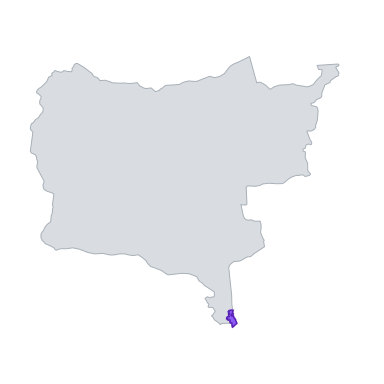 Moanda, Bas-Congo, Democratic Republic of the Congo shown in context, rotated 265°
{"feature_id": "63176286B88277060419996", "entity_name": "Moanda", "entity_type": "district", "adm_level": 2, "iso_a3": "COD", "parent_name": "Democratic Republic of the Congo", "parent_adm1": "Bas-Congo", "projection": "natural_earth1", "projection_center": [12.948, -5.756], "detail": "fine", "context": "in_parent", "style": "filled", "palette": "violet", "viewbox_px": 384, "rotation_deg": 265, "n_neighbors": 0, "source": "geoboundaries", "source_scale": "gbopen_adm2", "svg_char_len": 6066}
<svg xmlns="http://www.w3.org/2000/svg" viewBox="0 0 384 384"><g transform="rotate(265 192 192)"><path d="M321.9,261.1L295.1,266.0L295.6,267.8L295.3,269.6L294.6,271.1L291.8,274.9L287.7,278.4L287.7,279.3L289.7,283.2L290.9,288.6L290.5,298.1L291.0,300.7L290.9,302.7L289.5,304.9L286.6,316.4L288.3,321.9L293.6,327.1L296.6,330.9L301.8,332.3L302.6,332.1L303.0,328.9L307.2,327.7L306.8,348.1L306.5,349.2L305.7,349.5L304.7,348.8L304.5,346.9L303.4,346.1L298.3,348.6L297.0,348.5L295.6,348.1L294.6,347.0L294.3,345.5L290.8,339.5L289.1,339.1L287.2,333.8L279.2,329.9L276.2,329.6L274.6,328.4L273.1,324.1L270.4,321.4L269.9,318.4L269.3,318.0L267.7,318.6L266.2,323.4L264.4,324.5L261.1,324.6L252.9,323.2L247.1,320.8L245.6,320.9L243.2,318.7L242.3,315.1L242.9,312.2L242.4,311.8L233.5,314.2L231.3,315.6L229.3,315.3L228.7,314.5L229.6,312.6L229.2,310.4L228.5,309.5L225.9,308.7L225.0,306.4L223.4,306.1L222.9,306.4L222.5,308.0L221.5,308.5L216.2,307.7L210.6,309.7L203.1,309.2L199.6,311.6L199.1,311.5L198.3,310.3L197.6,306.5L198.0,305.4L199.1,304.6L199.5,303.1L199.2,299.1L199.5,298.1L199.1,295.8L198.0,292.1L196.5,289.2L193.2,284.6L192.5,282.5L192.8,277.5L194.0,269.5L193.9,263.6L192.5,259.7L192.2,255.6L193.2,248.1L192.3,246.4L175.3,245.7L174.6,245.2L174.3,244.1L175.1,239.7L164.8,240.9L161.6,241.7L159.7,243.5L159.1,245.8L159.0,249.0L157.4,252.1L157.0,257.3L154.1,257.9L151.2,257.9L145.7,256.8L140.3,258.3L137.7,259.7L136.3,259.0L131.5,259.5L130.9,259.1L125.4,248.8L122.9,245.4L122.4,243.7L122.7,242.1L122.0,240.0L119.4,234.7L119.0,232.2L119.1,228.3L118.8,227.1L116.5,223.7L115.0,222.6L113.3,222.0L85.5,222.5L76.3,221.9L69.7,222.3L66.3,222.0L65.3,221.5L62.3,222.2L60.6,223.6L58.2,224.4L56.8,224.1L53.9,220.2L57.8,219.6L58.1,219.2L58.4,210.0L57.3,208.7L59.4,207.1L62.8,203.1L66.1,201.7L66.5,200.8L67.2,200.9L68.5,202.6L71.3,204.8L74.8,202.8L75.2,202.3L75.7,198.4L76.5,198.0L78.1,198.9L78.9,198.9L80.4,197.7L85.0,195.8L86.3,198.3L85.1,200.6L85.6,202.2L85.7,204.7L86.4,205.2L90.0,205.5L91.0,204.9L98.1,195.9L100.0,194.8L102.9,191.2L106.9,189.6L108.6,186.8L110.9,181.7L111.9,174.5L111.5,161.9L111.9,160.2L116.6,154.5L121.5,144.2L124.8,141.5L127.3,140.4L131.2,136.6L134.2,132.8L133.8,128.3L134.5,124.5L136.2,119.7L136.7,114.6L136.1,109.2L136.4,104.9L138.6,97.9L138.8,89.8L140.8,83.1L144.9,74.6L146.8,68.2L146.4,61.9L146.9,57.3L146.7,54.6L145.9,52.2L146.3,50.7L147.9,50.1L149.8,47.7L153.2,41.5L156.9,38.5L159.4,37.6L162.1,37.7L163.9,38.2L166.7,40.7L170.0,42.6L172.4,45.0L174.8,48.7L180.5,49.6L183.0,50.9L184.5,51.4L185.1,51.1L186.3,51.3L189.0,52.4L191.1,51.8L201.8,54.2L203.0,53.0L206.0,46.6L208.2,44.4L211.8,44.1L214.7,45.4L216.2,45.4L229.2,39.8L230.9,39.6L235.7,40.9L238.8,40.0L240.0,40.3L242.7,39.3L244.9,35.4L246.7,34.5L265.5,38.7L268.4,36.6L269.7,36.4L273.9,37.9L275.2,40.3L277.7,42.3L279.5,45.7L282.3,47.6L283.7,49.4L285.4,50.6L288.8,51.1L293.1,48.0L296.2,48.3L299.3,50.0L300.4,49.9L302.7,48.1L303.9,46.2L305.1,45.8L306.9,46.7L308.4,48.4L309.7,51.0L314.5,56.8L319.0,59.3L320.2,62.8L321.8,62.5L322.6,62.8L323.8,65.1L324.7,65.5L324.8,66.4L323.7,68.5L322.6,72.6L324.1,75.1L322.9,78.7L322.3,82.4L323.8,83.3L325.7,83.3L327.4,85.2L328.8,85.5L330.2,87.6L329.9,89.3L325.4,95.4L318.7,102.8L316.5,103.7L315.3,105.1L314.5,107.3L312.5,109.1L311.0,109.9L310.9,115.2L308.6,120.8L307.7,122.0L306.5,131.0L306.7,132.6L305.4,140.0L305.7,146.9L302.4,149.1L300.1,152.5L299.1,154.8L299.2,160.4L295.5,163.9L295.2,164.7L296.1,168.6L297.4,169.3L297.5,170.6L300.5,174.8L300.2,187.9L300.4,189.2L301.9,192.3L302.9,198.3L301.7,205.8L305.7,219.6L303.9,224.7L304.7,229.6L307.1,234.6L312.8,239.7L314.3,241.7L315.8,244.5L317.1,248.8L321.9,261.1Z" fill="#d9dde1" stroke="#a8b0b8" stroke-width="1"/><path d="M66.7,222.3L66.8,222.4L66.9,222.5L67.0,222.6L67.2,222.4L67.3,222.4L67.5,222.2L67.8,222.1L68.0,222.1L68.3,221.9L68.5,221.9L68.6,222.0L68.8,221.9L68.9,222.0L69.0,222.0L69.3,222.1L69.5,222.1L69.7,222.4L69.8,222.4L69.9,222.5L70.0,222.5L70.3,222.6L70.5,222.7L70.5,222.4L70.6,222.2L70.7,221.8L70.9,221.3L70.9,221.2L70.9,220.9L71.0,220.7L71.0,220.3L70.9,220.1L70.9,219.9L70.7,219.7L70.8,219.4L70.8,219.2L70.7,218.8L70.6,218.5L70.5,218.3L70.4,218.2L70.0,218.1L69.9,218.1L69.6,218.2L69.6,218.3L69.5,218.6L69.4,218.6L69.3,218.1L69.4,217.9L69.4,217.7L69.1,217.8L68.7,217.8L68.4,217.8L68.2,217.8L68.3,217.9L68.3,218.0L68.2,218.1L68.0,218.3L67.8,218.4L67.7,218.4L67.6,218.5L67.4,218.5L67.4,218.4L67.4,218.2L67.2,218.2L66.9,218.1L66.6,218.2L66.4,218.2L66.2,218.2L66.0,217.9L65.9,217.8L65.9,217.7L65.7,217.7L65.4,217.9L65.1,217.9L65.0,218.0L64.8,218.1L64.6,218.1L64.6,217.7L64.6,217.3L64.6,217.1L64.6,216.8L64.6,216.6L64.6,216.4L64.5,216.2L64.2,216.0L64.0,215.9L63.9,215.7L63.7,215.4L63.6,215.1L63.6,215.4L63.5,215.5L63.4,215.8L63.2,215.9L63.1,215.6L62.9,215.4L62.7,215.4L62.7,215.5L62.8,215.7L62.8,215.9L62.9,216.0L62.8,216.3L62.7,216.5L62.4,216.5L62.1,216.4L61.9,216.4L61.7,216.2L61.6,216.3L61.5,216.5L61.4,216.8L61.2,216.9L61.2,217.0L61.1,217.4L61.2,217.5L61.3,217.8L61.3,218.0L61.4,218.3L61.3,218.5L61.2,218.6L60.9,218.7L60.5,218.8L60.2,218.8L59.8,218.8L59.7,218.6L59.6,218.4L59.4,218.4L59.2,218.4L58.8,218.5L58.6,218.6L58.3,218.6L58.2,218.7L58.1,220.2L57.7,220.2L57.1,220.3L56.3,220.3L55.9,220.3L54.5,220.4L54.0,220.5L53.8,220.6L54.0,220.9L54.0,221.0L54.3,221.4L54.5,221.7L54.6,221.8L54.7,222.0L54.8,222.2L54.9,222.3L55.0,222.3L55.1,222.6L55.3,222.7L55.5,222.9L55.7,223.1L55.8,223.3L56.0,223.6L56.1,223.8L56.3,224.0L56.5,224.2L56.5,224.3L56.6,224.5L57.1,225.3L57.3,225.3L57.6,225.2L57.9,225.1L58.0,225.1L58.3,225.0L58.5,224.9L58.8,224.8L58.9,224.7L59.1,224.7L59.3,224.6L59.5,224.6L59.7,224.4L59.8,224.4L60.2,224.3L60.3,224.3L60.5,224.3L60.8,224.3L61.0,224.3L61.0,224.2L61.3,224.0L61.3,223.9L61.5,223.7L61.8,223.7L62.1,223.7L62.2,223.8L62.3,223.8L62.4,223.7L62.5,223.6L62.8,223.4L62.9,223.2L63.0,223.0L63.0,222.9L63.3,222.8L63.5,222.8L63.9,222.7L64.0,222.7L64.3,222.7L64.5,222.7L64.9,222.5L65.0,222.5L65.0,222.4L65.3,222.2L65.2,222.1L65.3,222.1L65.0,221.9L65.1,221.6L65.3,220.9L65.2,220.4L65.8,220.3L66.8,220.3L66.8,220.9L66.8,221.4L66.9,221.9L66.9,222.2L66.7,222.3Z" fill="#8b5cf6" stroke="#5b21b6" stroke-width="1.5"/></g></svg>